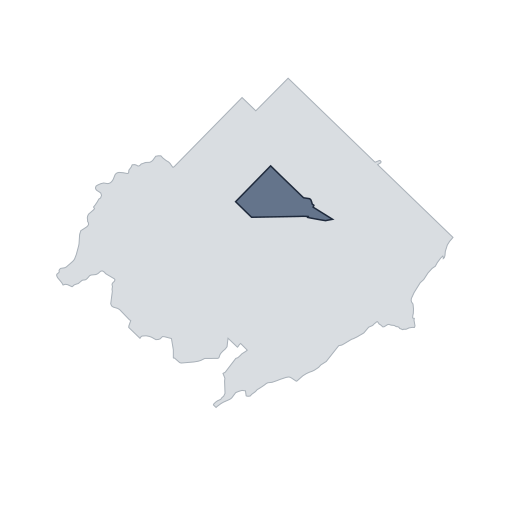 Al Golid, Northern, Sudan (highlighted), rotated 44°
{"feature_id": "16777658B20227076213030", "entity_name": "Al Golid", "entity_type": "district", "adm_level": 2, "iso_a3": "SDN", "parent_name": "Sudan", "parent_adm1": "Northern", "projection": "natural_earth1", "projection_center": [29.801, 17.722], "detail": "fine", "context": "in_parent", "style": "filled", "palette": "slate", "viewbox_px": 512, "rotation_deg": 44, "n_neighbors": 0, "source": "geoboundaries", "source_scale": "gbopen_adm2", "svg_char_len": 4332}
<svg xmlns="http://www.w3.org/2000/svg" viewBox="0 0 512 512"><g transform="rotate(44 256 256)"><path d="M332.5,392.7L328.8,392.7L328.4,391.7L328.5,389.0L328.9,386.9L330.2,383.6L329.9,381.8L330.1,379.2L329.1,376.3L320.3,367.8L318.5,365.5L313.8,363.4L314.6,361.0L312.6,343.7L313.6,341.7L313.8,338.7L313.8,336.1L314.9,331.6L315.1,329.8L305.7,329.6L305.6,331.5L306.0,333.7L306.0,334.5L293.0,334.6L298.2,341.4L298.5,344.3L298.2,348.0L298.3,350.4L298.6,351.9L300.0,355.0L299.9,355.5L299.5,356.3L290.3,365.3L288.8,369.5L287.6,371.7L284.9,375.4L276.5,385.0L275.1,385.7L268.6,386.0L268.0,386.2L267.5,386.7L267.2,386.6L261.7,380.9L252.5,374.1L246.3,377.6L244.7,378.9L244.6,382.2L243.7,383.9L242.1,385.7L237.5,386.9L235.2,387.9L232.4,389.7L229.6,392.8L229.4,394.4L229.7,395.8L214.1,395.8L213.1,394.6L210.8,389.5L209.2,389.8L195.0,389.3L192.9,389.8L188.8,391.9L186.8,392.2L184.7,391.3L177.2,381.2L175.6,380.0L173.9,377.6L172.3,376.6L171.8,375.8L171.6,374.7L171.7,372.5L171.1,371.1L170.0,370.8L159.9,373.2L158.4,372.9L156.3,373.3L155.6,373.7L154.8,375.0L154.6,377.8L154.3,379.2L153.6,380.7L150.7,384.1L150.0,385.6L150.2,389.3L150.0,391.2L149.5,392.1L148.3,393.5L147.8,394.4L147.3,399.2L145.7,402.1L145.3,403.1L145.2,405.2L145.0,405.9L140.4,407.5L138.7,408.6L137.7,410.2L137.4,410.9L135.5,410.3L133.0,409.9L128.2,409.4L126.3,408.6L125.4,407.5L125.7,404.6L125.3,403.9L124.5,403.4L124.0,402.2L124.1,400.6L126.6,397.3L127.2,395.5L127.9,387.0L127.7,384.5L125.7,379.7L121.2,371.6L120.1,370.0L114.4,363.3L113.8,362.3L112.4,359.4L113.9,353.2L114.1,351.5L113.7,349.7L112.2,348.4L111.0,348.2L109.3,346.6L108.2,345.8L107.2,344.3L106.5,342.3L107.1,335.0L106.8,334.0L105.3,333.7L105.0,333.2L105.0,331.8L104.3,327.6L103.4,324.1L103.9,322.2L102.7,319.6L100.4,318.5L95.8,319.4L94.4,319.2L93.4,318.7L92.8,317.8L92.4,316.7L92.8,315.0L94.1,311.8L95.7,309.3L99.0,307.0L99.9,305.7L100.4,304.3L100.5,302.8L100.3,301.1L99.9,299.6L99.0,297.5L98.1,295.2L98.1,293.6L98.5,292.4L99.4,291.0L102.7,288.3L106.1,286.1L106.6,285.3L106.4,284.4L104.9,282.5L104.5,278.9L103.6,276.4L105.3,274.5L106.6,273.8L108.5,273.3L109.3,272.5L109.6,271.0L109.5,269.5L110.2,268.4L111.2,266.2L111.9,265.1L114.5,262.4L115.1,260.7L115.3,259.0L114.6,253.9L116.1,251.8L118.0,250.0L120.7,250.2L124.9,249.8L127.7,249.1L129.7,249.1L134.4,250.0L134.9,249.6L135.1,248.3L135.9,151.7L155.0,151.7L155.6,105.8L275.6,105.9L276.6,105.7L278.5,101.4L279.3,101.1L280.5,101.3L281.0,102.3L280.0,105.8L384.8,105.8L385.1,111.0L386.0,115.2L389.0,121.2L391.6,124.4L392.5,126.2L392.6,127.0L392.5,127.8L391.7,126.9L390.4,126.3L390.3,129.1L391.0,134.8L392.1,138.8L391.3,142.6L391.5,148.8L393.0,156.4L392.7,161.2L395.1,172.4L397.3,178.7L398.5,180.2L399.8,181.0L402.3,181.5L406.1,184.7L409.1,188.1L410.1,189.8L411.6,191.7L412.6,191.4L413.2,190.9L414.2,192.4L418.9,195.8L419.6,197.3L417.9,198.9L416.0,201.5L415.1,203.9L414.6,204.7L413.0,206.2L412.8,207.0L412.1,207.4L411.4,207.5L409.8,208.3L408.4,208.0L406.9,208.5L406.4,209.1L405.2,209.6L403.7,209.9L401.2,211.9L399.1,212.9L398.4,213.7L397.3,217.9L396.5,218.9L393.4,219.0L391.8,219.4L389.7,218.9L388.7,219.0L388.5,219.9L388.1,223.4L388.2,224.9L386.5,228.9L387.0,236.5L385.4,242.1L385.1,243.4L383.5,247.8L382.6,249.5L380.4,257.8L379.6,260.4L377.8,263.1L379.8,283.1L378.3,289.3L378.4,292.6L377.3,297.6L376.5,299.8L375.1,302.6L373.9,305.7L372.9,309.7L372.3,317.4L371.9,318.1L366.3,319.1L364.6,319.6L363.4,320.5L362.0,322.4L359.1,327.9L357.6,331.2L355.3,335.7L352.6,338.9L352.0,340.5L351.6,343.4L350.6,348.0L349.7,351.3L349.8,353.9L349.0,358.4L349.1,360.7L348.2,361.9L346.9,363.1L346.0,363.4L342.1,360.3L339.3,362.4L337.6,365.4L336.3,368.4L337.1,374.7L337.0,376.1L336.6,377.6L334.1,383.8L333.3,386.6L332.5,391.5L332.5,392.7Z" fill="#d9dde1" stroke="#a8b0b8" stroke-width="1"/><path d="M277.7,184.9L281.4,182.3L281.7,182.0L281.9,181.6L284.1,178.5L285.4,176.7L285.6,176.4L263.2,181.2L262.9,180.6L262.7,180.1L262.7,179.9L262.5,179.6L262.4,179.3L260.4,179.6L258.6,178.5L256.5,177.5L254.8,177.5L252.4,179.2L249.9,181.0L249.0,181.1L246.1,181.1L243.0,181.1L237.2,181.1L228.2,181.1L216.9,181.1L204.6,181.0L204.0,181.0L203.9,181.0L203.6,231.1L218.3,231.2L225.9,231.2L226.1,231.0L240.8,216.3L246.5,210.6L258.8,198.3L262.1,194.9L264.6,192.6L265.9,191.5L266.0,191.8L266.1,191.7L266.5,191.6L266.6,192.2L269.0,190.7L277.7,184.9Z" fill="#64748b" stroke="#1e293b" stroke-width="1.5"/></g></svg>